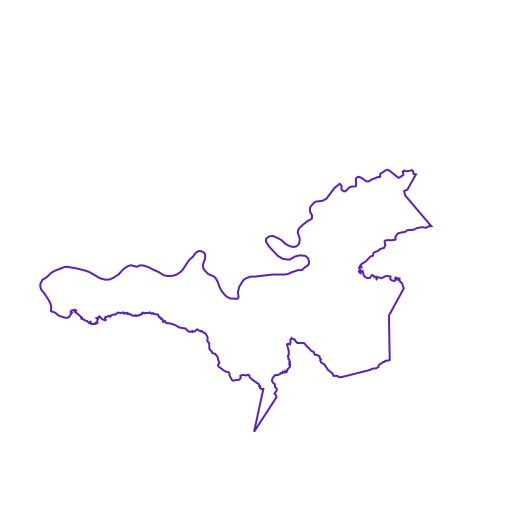 outline of Curillo, Caquetá, Colombia, rotated 122°
{"feature_id": "7082276B48734623734684", "entity_name": "Curillo", "entity_type": "district", "adm_level": 2, "iso_a3": "COL", "parent_name": "Colombia", "parent_adm1": "Caquetá", "projection": "natural_earth1", "projection_center": [-75.944, 1.028], "detail": "fine", "context": "isolated", "style": "outline", "palette": "violet", "viewbox_px": 512, "rotation_deg": 122, "n_neighbors": 0, "source": "geoboundaries", "source_scale": "gbopen_adm2", "svg_char_len": 6153}
<svg xmlns="http://www.w3.org/2000/svg" viewBox="0 0 512 512"><g transform="rotate(122 256 256)"><path d="M273.3,87.5L236.1,111.7L205.2,113.5L201.6,117.9L201.5,119.8L200.8,121.0L200.8,122.3L199.8,121.9L199.0,122.4L200.5,124.1L200.5,124.7L199.9,125.2L200.2,126.1L201.4,126.2L201.9,125.0L202.4,124.8L203.5,125.2L204.1,125.9L204.6,127.6L204.6,129.3L203.7,130.4L202.1,131.1L203.6,134.5L204.9,135.8L208.3,137.7L209.3,141.2L211.7,141.5L211.3,142.1L210.3,142.3L209.8,143.0L211.2,144.9L210.4,146.3L210.5,147.3L211.7,147.8L214.2,147.8L215.7,149.7L216.0,152.0L215.6,153.9L214.3,155.6L212.4,157.2L212.6,158.1L213.1,158.6L215.2,158.1L215.2,159.4L214.3,160.7L212.5,160.3L211.3,162.5L210.2,162.2L209.8,160.5L209.1,161.0L208.8,162.5L208.4,162.5L206.7,162.2L202.6,160.1L195.8,158.7L193.7,157.0L191.8,157.8L190.5,157.8L186.7,155.1L184.3,154.4L181.2,151.7L178.3,152.1L175.3,154.8L174.5,154.7L172.2,152.1L171.7,150.6L168.4,146.5L167.7,146.5L166.3,147.8L161.9,147.8L159.5,145.7L156.2,142.0L154.2,141.6L150.2,136.2L147.0,134.2L143.6,130.6L141.9,126.7L139.5,125.4L137.8,123.2L125.6,161.6L122.4,164.8L119.6,162.8L102.0,163.6L102.9,165.5L102.6,166.2L100.9,167.6L100.5,169.0L104.1,172.8L105.1,174.7L104.9,175.3L105.6,176.0L106.8,176.3L108.2,174.6L109.2,174.0L114.0,176.2L114.1,177.5L112.9,188.4L113.3,190.4L114.9,191.6L120.6,194.1L123.1,192.6L124.6,194.7L127.2,196.3L128.8,197.9L133.3,200.2L134.2,201.9L133.9,208.1L134.2,210.4L134.9,211.4L135.9,212.0L137.6,212.2L142.6,208.8L143.8,208.4L144.7,209.1L146.7,212.0L148.2,213.1L153.8,214.5L154.6,215.9L154.5,218.2L153.9,219.1L151.5,220.3L150.8,221.4L150.4,223.3L156.8,225.5L170.1,226.6L173.9,228.8L178.3,234.2L180.2,235.1L184.1,235.7L186.1,235.8L187.9,235.1L189.9,233.4L191.9,230.0L194.3,228.5L195.7,228.8L198.3,230.4L203.4,232.4L209.0,234.0L211.9,234.0L214.6,232.5L217.4,228.8L219.2,227.3L223.1,226.0L226.0,226.5L228.4,228.8L229.3,231.1L230.0,234.3L230.1,238.0L229.1,242.3L229.1,245.5L230.1,252.4L232.2,255.0L234.6,256.2L236.4,256.5L238.6,255.0L241.0,250.0L244.3,237.6L244.3,233.7L244.2,231.8L243.5,229.9L241.2,225.5L235.9,222.7L233.9,220.9L232.3,219.3L230.0,214.9L229.8,212.9L230.7,210.1L232.5,208.2L234.6,207.0L236.2,206.9L239.9,208.6L243.7,209.6L245.7,212.8L250.9,217.1L254.5,219.5L256.8,222.3L262.5,231.5L274.0,246.0L276.6,249.9L280.3,252.7L283.1,253.9L291.2,253.9L296.4,252.1L299.9,249.1L301.5,248.8L302.4,249.5L305.7,255.4L306.0,259.5L305.5,262.0L303.9,266.5L301.9,270.1L298.2,274.8L296.1,278.5L295.8,281.7L296.6,286.9L295.1,293.0L293.6,294.9L291.1,296.5L285.3,297.8L281.8,299.8L280.8,301.5L280.9,305.0L282.1,307.2L285.5,308.9L289.9,309.1L295.0,310.6L306.9,310.9L309.2,311.4L313.2,313.1L316.6,315.8L319.8,320.2L321.2,323.9L321.2,330.6L322.0,335.4L322.4,340.8L323.7,346.4L325.3,349.3L328.3,351.3L330.1,357.1L331.8,358.8L334.7,360.4L337.9,361.6L344.6,362.8L350.2,365.5L353.7,367.9L356.1,371.6L357.5,376.2L357.9,388.5L358.6,392.2L361.3,400.8L365.1,410.1L366.4,412.2L374.9,418.6L378.9,420.8L385.0,422.3L389.5,424.5L394.0,424.1L396.7,422.3L398.5,420.1L399.4,416.7L403.1,408.8L405.4,404.9L407.7,402.6L411.5,400.7L410.5,396.5L411.1,392.0L410.5,388.8L409.4,384.9L408.5,383.4L407.0,382.2L401.6,382.1L401.7,383.6L400.2,383.7L399.0,382.8L398.7,381.4L397.5,381.1L397.7,379.6L398.8,380.2L399.4,379.8L399.6,376.0L400.6,370.8L400.8,370.4L401.5,371.0L401.7,370.7L401.2,368.9L401.2,366.1L400.6,365.0L401.3,362.2L399.5,361.6L399.9,360.7L401.0,360.2L400.0,357.7L399.3,357.3L399.2,356.7L398.2,356.7L398.2,356.0L397.1,356.2L396.8,355.1L394.3,356.6L393.2,356.6L393.1,358.2L391.7,356.9L390.8,357.2L390.1,356.7L391.1,353.1L390.5,349.8L389.8,349.6L389.1,351.0L387.8,351.4L386.0,349.7L385.3,349.6L384.4,348.2L384.7,347.5L382.8,347.3L380.9,345.5L380.4,344.4L377.1,343.1L376.2,340.5L374.4,339.0L374.7,337.4L373.9,337.5L373.4,335.2L372.6,335.2L372.4,333.7L373.0,333.4L371.8,331.4L372.2,330.0L371.5,327.8L370.6,327.3L370.5,326.2L369.9,326.2L369.7,325.1L368.6,324.0L368.0,324.0L367.7,323.1L367.0,323.0L366.3,322.2L365.4,322.5L364.3,322.1L364.4,321.5L363.7,321.2L363.9,320.3L362.7,319.3L361.6,317.4L360.2,316.3L360.5,314.9L360.0,314.4L360.1,313.6L359.0,313.1L359.2,311.8L357.6,307.8L359.2,306.1L358.8,305.1L359.4,304.1L359.0,303.2L359.7,302.9L359.4,301.4L361.1,300.1L361.1,299.7L359.4,298.8L359.5,298.1L360.3,297.4L360.3,296.2L359.5,295.0L358.0,290.9L357.4,287.5L357.3,283.1L354.8,277.2L355.8,274.2L355.5,272.0L354.4,271.2L354.2,269.8L353.4,270.0L353.2,268.9L352.0,267.8L350.7,267.7L349.2,266.7L349.5,264.9L349.0,263.8L349.2,262.9L348.3,262.2L348.8,260.4L348.5,258.8L348.8,257.1L350.3,254.4L351.0,253.7L353.9,252.1L354.5,250.8L354.6,249.5L358.7,246.9L359.9,245.6L360.4,242.7L361.4,241.7L360.7,238.8L361.9,235.2L364.3,232.8L365.9,230.5L368.7,230.4L369.6,229.4L370.2,221.2L370.0,220.0L369.1,218.2L369.5,216.6L370.4,215.6L371.2,215.4L373.9,210.6L373.7,208.9L372.4,208.0L370.0,204.8L368.0,204.3L366.8,204.8L366.1,205.7L365.0,205.2L363.6,203.9L362.6,201.1L361.5,200.5L360.8,199.5L360.8,198.5L362.1,197.3L362.6,195.3L363.1,190.9L362.8,189.7L363.3,188.2L363.0,186.0L363.9,184.9L364.0,184.2L364.7,184.3L365.0,182.8L365.7,182.7L366.0,182.1L365.7,180.5L364.9,179.3L406.0,164.5L365.1,163.8L363.8,164.7L362.9,167.4L358.8,167.3L357.9,167.8L357.3,168.6L357.1,170.3L354.7,172.1L354.7,173.7L353.4,176.4L350.8,177.2L346.7,176.7L346.3,175.5L344.9,174.0L342.9,172.9L342.2,173.1L342.0,172.2L341.3,171.7L340.4,171.8L340.2,171.2L339.8,171.6L339.3,169.8L338.5,170.1L338.8,169.4L338.3,168.7L337.8,169.2L336.4,168.8L335.9,169.3L331.8,168.5L330.5,169.4L330.4,170.2L329.6,170.0L328.8,171.3L327.9,171.0L327.8,171.5L326.4,172.8L326.0,174.2L325.0,174.6L323.8,176.1L322.5,175.8L319.1,178.0L314.5,182.9L313.1,182.0L313.1,180.4L310.8,180.9L309.0,182.4L306.7,182.4L307.0,181.4L306.3,178.7L307.4,177.5L307.4,175.9L307.9,174.9L305.0,170.4L304.4,168.7L306.0,163.9L306.1,162.3L307.0,159.6L307.1,157.6L306.7,156.5L308.6,153.6L307.7,152.2L307.3,149.0L308.9,147.6L309.4,146.1L310.5,146.2L311.6,144.7L311.9,142.9L311.6,140.8L314.5,134.3L315.1,128.7L316.6,126.9L314.5,123.3L314.8,122.3L314.6,120.9L312.9,118.8L292.1,98.8L289.9,97.7L287.5,94.4L285.1,93.4L283.9,94.0L282.5,93.9L280.5,92.6L278.7,92.2L277.7,90.9L276.4,90.9L275.2,89.1L273.3,87.5Z" fill="none" stroke="#5b21b6" stroke-width="2"/></g></svg>